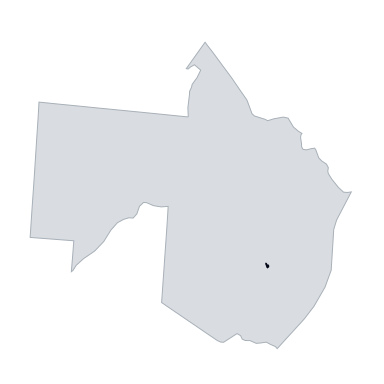 location of Panajachel, Sololá, Guatemala, rotated 274°
{"feature_id": "79465075B15499572594181", "entity_name": "Panajachel", "entity_type": "district", "adm_level": 2, "iso_a3": "GTM", "parent_name": "Guatemala", "parent_adm1": "Sololá", "projection": "albers", "projection_center": [-91.15, 14.749], "detail": "fine", "context": "in_parent", "style": "filled", "palette": "ink", "viewbox_px": 384, "rotation_deg": 274, "n_neighbors": 0, "source": "geoboundaries", "source_scale": "gbopen_adm2", "svg_char_len": 1982}
<svg xmlns="http://www.w3.org/2000/svg" viewBox="0 0 384 384"><g transform="rotate(274 192 192)"><path d="M41.7,287.9L43.7,285.9L45.3,281.3L47.4,276.6L46.2,271.1L45.5,266.7L47.8,260.2L47.6,255.4L48.7,252.4L52.1,250.5L53.9,246.8L44.3,234.0L44.3,231.1L45.6,227.6L53.5,214.0L62.9,197.9L73.3,180.1L79.6,169.4L102.2,169.4L117.2,169.4L136.2,169.4L156.8,169.4L170.4,169.3L176.0,169.2L175.0,162.2L175.7,154.5L178.2,147.5L178.2,144.4L174.1,140.6L166.3,138.5L161.9,135.1L161.9,130.9L160.0,125.8L156.2,119.8L148.3,113.7L136.4,107.4L126.3,99.0L117.9,88.4L110.8,81.6L105.4,78.7L104.1,77.2L120.0,77.4L135.1,77.5L135.2,62.3L135.3,48.9L135.4,33.7L162.6,33.6L195.1,33.6L228.9,33.4L255.4,33.3L271.0,33.1L270.4,52.0L269.8,73.9L269.3,89.9L268.7,111.4L268.1,133.3L267.2,163.2L266.6,182.5L267.0,183.0L275.9,182.0L289.1,182.7L292.3,182.6L296.4,184.2L299.5,184.7L306.3,189.0L314.2,192.2L319.1,185.5L316.4,181.5L314.4,179.5L314.7,177.7L342.3,194.6L339.1,197.3L332.2,203.5L319.7,214.1L308.5,223.7L297.6,232.3L287.9,240.1L286.7,240.8L274.3,246.4L272.2,249.0L269.6,259.8L268.4,262.5L270.7,268.5L273.1,277.8L272.4,282.7L263.8,288.7L259.9,294.1L258.1,297.6L256.6,296.7L253.9,296.5L247.7,297.9L244.7,298.2L242.3,299.8L242.0,303.1L243.7,308.5L244.3,311.3L242.6,312.6L235.0,316.0L232.0,319.2L229.2,324.2L225.8,326.3L222.3,326.0L219.9,326.7L214.6,330.5L206.7,337.8L202.4,343.2L202.4,347.2L203.2,350.9L174.1,338.2L164.5,336.0L123.7,336.3L106.3,331.3L86.4,321.6L73.0,312.7L41.7,287.9Z" fill="#d9dde1" stroke="#a8b0b8" stroke-width="1"/><path d="M124.4,271.3L124.2,271.5L123.6,271.6L123.1,271.8L122.9,272.0L122.7,272.0L122.2,272.2L122.1,272.4L122.3,272.4L122.3,272.5L122.4,272.8L122.4,273.0L122.5,273.0L122.7,273.3L122.8,273.3L122.9,273.5L123.0,273.5L123.3,273.5L123.5,273.5L124.1,273.2L124.3,273.0L124.2,272.5L124.2,272.3L124.3,272.0L124.5,271.9L125.0,271.5L125.2,271.4L125.5,271.2L125.8,271.0L125.8,270.8L125.2,270.9L124.9,271.0L124.6,271.1L124.4,271.3Z" fill="#0f172a" stroke="#020617" stroke-width="1.5"/></g></svg>